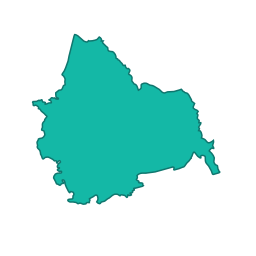 SVG path tracing the border of Punjab, rotated 101°
{"feature_id": "IND-3249", "entity_name": "Punjab", "entity_type": "State", "adm_level": 1, "iso_a3": "IND", "parent_name": "India", "parent_adm1": "", "projection": "natural_earth1", "projection_center": [75.648, 31.038], "detail": "fine", "context": "isolated", "style": "filled", "palette": "teal", "viewbox_px": 256, "rotation_deg": 101, "n_neighbors": 0, "source": "natural_earth", "source_scale": "10m", "svg_char_len": 5922}
<svg xmlns="http://www.w3.org/2000/svg" viewBox="0 0 256 256"><g transform="rotate(101 128 128)"><path d="M123.7,54.0L124.4,51.0L124.9,49.9L126.6,47.8L127.2,46.5L126.8,45.0L125.4,43.1L123.9,41.8L125.4,41.3L128.9,41.6L130.2,40.9L130.6,40.4L131.4,40.0L131.7,40.0L131.8,40.4L131.7,41.6L131.8,42.0L132.2,42.4L133.8,43.5L135.0,43.9L136.9,41.0L138.8,39.0L140.9,37.6L144.7,37.3L145.6,36.9L147.3,35.3L147.7,33.6L148.0,33.0L151.0,31.9L152.1,31.0L152.7,30.8L153.7,29.5L154.2,29.7L154.7,30.3L157.2,35.2L157.3,35.6L157.2,36.0L156.9,36.4L154.2,38.0L150.0,41.5L148.0,44.0L147.2,44.8L146.3,45.4L145.3,45.8L141.5,46.7L141.0,47.2L140.7,48.0L140.6,48.9L140.7,50.0L141.1,50.8L141.6,51.2L142.0,51.2L143.2,50.8L143.5,50.9L143.6,51.4L143.3,52.3L142.4,54.2L139.3,57.8L139.1,58.4L139.2,58.8L140.3,59.4L143.6,59.9L144.8,60.4L145.7,60.2L146.0,60.6L148.6,61.8L151.2,63.6L154.5,65.1L155.5,65.8L156.1,67.0L158.1,70.1L160.3,74.5L160.3,74.9L159.9,75.2L158.5,75.1L158.1,75.3L157.8,75.6L157.8,76.8L165.9,93.0L168.9,101.9L169.7,105.9L170.1,106.9L170.7,108.0L171.8,109.3L173.0,110.1L174.2,109.5L175.3,109.3L176.3,109.8L177.1,109.9L177.7,108.9L178.1,107.4L178.4,107.1L179.2,107.2L179.5,107.0L179.6,106.3L179.3,103.8L179.6,103.0L181.1,102.6L181.6,101.9L182.4,102.6L184.5,106.9L185.7,109.4L186.0,110.6L186.4,110.8L186.7,110.7L187.3,110.1L187.6,110.0L188.0,110.3L188.4,111.2L188.8,111.6L189.1,111.7L189.5,111.2L190.4,111.3L191.0,112.0L191.3,113.2L191.6,113.5L192.1,113.2L192.6,112.1L193.0,111.9L193.5,112.4L193.9,113.2L194.0,113.9L193.7,115.1L193.8,115.4L195.5,115.3L196.0,115.5L196.3,115.9L195.9,116.7L195.1,117.7L194.8,118.7L194.8,121.6L194.9,122.1L196.0,122.8L196.0,123.4L195.4,124.6L195.1,125.7L195.2,127.1L195.6,128.5L196.2,129.4L197.3,130.6L200.3,133.1L201.4,134.5L204.0,136.7L204.5,137.4L205.8,140.1L207.3,140.8L207.7,141.5L207.6,142.4L207.4,143.3L206.5,144.6L204.3,143.9L202.5,144.1L200.5,145.1L200.1,145.4L199.9,146.3L200.0,146.8L200.4,147.5L202.0,149.0L204.7,152.3L205.0,152.4L205.8,151.7L206.4,151.6L207.8,151.9L208.6,151.7L209.1,154.2L209.4,154.5L210.5,154.9L211.2,156.9L211.3,157.7L210.9,159.8L210.9,160.9L211.8,162.5L211.8,162.9L211.3,164.0L211.0,164.7L211.1,167.7L211.7,170.8L211.3,172.4L210.8,173.1L210.2,173.3L209.6,173.0L209.1,172.0L208.3,169.3L207.9,168.9L207.4,168.7L205.1,169.0L204.0,168.5L203.2,168.5L201.9,169.2L201.5,169.8L201.3,172.0L201.6,172.4L202.5,172.7L202.6,173.0L202.0,173.9L201.1,174.7L197.6,177.4L195.2,178.9L193.0,179.7L192.2,180.2L191.6,180.8L191.3,181.5L191.4,182.1L191.6,182.5L191.9,182.6L192.8,182.2L194.0,180.7L194.4,180.7L194.8,181.1L195.2,182.4L195.8,182.9L196.7,183.3L197.2,183.9L197.0,185.0L196.6,186.0L196.5,187.3L196.3,187.6L194.4,188.9L191.2,191.5L189.3,191.5L188.7,191.1L187.4,190.7L187.0,190.4L186.0,188.9L185.6,187.8L185.0,185.3L184.5,184.8L183.7,184.8L183.3,185.1L183.2,185.7L183.7,186.8L183.7,187.2L183.1,188.8L182.9,189.1L182.5,189.3L182.0,189.2L180.7,187.7L180.3,187.7L180.1,187.9L180.2,189.4L180.0,189.7L179.5,190.0L178.5,190.0L176.7,189.6L174.6,187.9L174.2,187.8L173.4,188.4L173.1,188.8L173.4,189.6L174.0,190.1L175.5,190.7L175.9,191.0L175.6,191.5L174.4,191.7L174.0,192.1L174.0,192.9L174.3,193.8L174.3,194.0L173.2,195.7L172.2,198.9L171.8,200.8L172.0,201.9L172.7,203.7L174.1,204.8L174.5,205.2L174.5,205.9L173.8,206.5L172.2,207.4L170.2,208.9L169.0,209.2L166.8,210.3L165.0,212.8L164.5,213.2L163.9,213.5L162.4,213.4L159.8,214.5L158.8,214.5L157.1,213.9L155.9,213.8L155.2,212.8L154.4,210.7L154.0,210.1L152.8,209.1L151.0,208.4L150.4,208.4L149.0,208.9L147.2,209.8L146.8,210.3L146.7,210.8L146.7,211.9L146.3,212.4L145.6,212.5L143.7,212.1L140.5,212.8L138.9,212.5L136.9,211.3L135.4,211.3L132.6,209.9L132.2,209.8L131.8,210.0L131.0,211.4L129.8,213.0L128.4,215.6L128.0,216.3L126.3,218.0L126.1,219.6L125.8,219.7L125.0,219.6L124.4,220.0L123.6,221.5L123.3,222.3L123.2,223.0L124.0,224.5L123.9,225.1L123.5,225.5L122.0,225.8L121.0,226.5L120.2,226.3L119.3,222.8L117.8,220.8L117.7,220.6L118.0,220.0L117.9,219.6L116.9,218.5L116.8,217.9L118.3,217.0L118.7,216.6L118.6,214.8L118.8,214.0L120.1,214.0L120.4,213.9L120.4,213.7L120.0,212.7L118.5,210.4L118.0,208.3L117.7,208.1L117.2,208.2L116.2,208.8L115.9,209.3L115.7,210.7L115.5,210.9L114.4,209.7L113.1,209.0L112.9,208.7L112.8,208.2L112.9,206.8L112.5,205.8L113.1,204.8L113.2,203.1L113.0,202.2L112.6,201.9L112.1,202.2L111.9,202.5L111.6,204.1L111.1,204.6L108.5,205.4L107.2,205.6L104.2,203.1L104.0,202.8L103.6,201.4L103.0,200.6L102.1,200.1L98.7,199.4L97.7,198.1L97.4,198.0L94.7,198.8L92.4,199.0L91.6,199.2L89.5,200.9L88.3,202.9L87.3,202.8L84.3,201.5L80.9,200.7L73.8,199.6L68.6,199.6L48.1,198.5L46.5,198.2L46.4,197.1L47.1,194.8L51.1,188.0L51.4,186.4L51.5,185.3L51.1,184.1L49.8,183.5L50.0,182.7L49.2,179.7L48.0,176.9L46.9,175.2L44.2,173.6L44.7,172.3L45.6,171.3L46.7,170.7L47.7,170.8L47.3,169.0L48.3,169.4L48.9,169.2L49.5,168.8L52.3,164.6L52.6,163.8L53.1,163.2L55.2,162.6L56.0,161.7L56.2,160.1L56.0,157.7L56.5,156.5L58.1,154.7L59.0,154.1L60.1,153.5L61.4,153.2L61.8,152.9L62.2,151.4L63.0,150.7L63.3,149.4L64.6,148.0L65.8,146.2L67.5,144.6L67.4,144.2L66.9,142.8L67.1,142.6L68.2,142.2L69.3,141.3L69.9,140.1L69.5,138.9L70.4,137.6L70.9,137.2L71.6,137.1L73.7,137.6L74.8,137.7L75.3,137.1L75.5,136.2L76.1,135.0L77.0,134.1L78.0,133.6L80.2,133.4L81.3,133.0L83.7,130.2L83.8,128.9L84.6,127.7L85.8,126.8L88.9,125.0L87.5,123.4L86.6,122.9L85.6,122.8L83.2,123.3L82.3,122.9L81.1,121.1L80.8,120.1L80.6,118.9L80.8,117.5L81.7,114.9L81.7,111.9L82.1,110.3L84.2,104.6L86.4,101.2L86.7,100.0L86.6,98.7L85.0,96.1L83.4,89.8L80.4,83.9L79.8,83.2L80.6,81.9L81.3,81.4L81.7,80.0L82.3,79.2L82.6,76.5L83.2,75.5L84.0,74.6L88.1,71.2L89.0,70.9L89.7,70.3L91.2,67.3L94.7,68.0L95.9,67.8L96.9,66.0L97.4,63.7L98.3,62.3L100.7,63.2L101.6,62.0L102.7,61.8L103.9,62.0L105.2,61.8L105.9,61.4L106.9,59.7L107.4,59.5L109.3,59.5L108.9,57.6L109.9,57.4L113.2,58.7L113.6,58.8L114.1,58.6L114.7,57.9L115.2,57.7L117.1,58.2L117.1,56.6L118.3,55.4L120.0,54.5L121.2,54.0L122.0,53.9L123.7,54.0Z" fill="#14b8a6" stroke="#0f766e" stroke-width="1.5"/></g></svg>